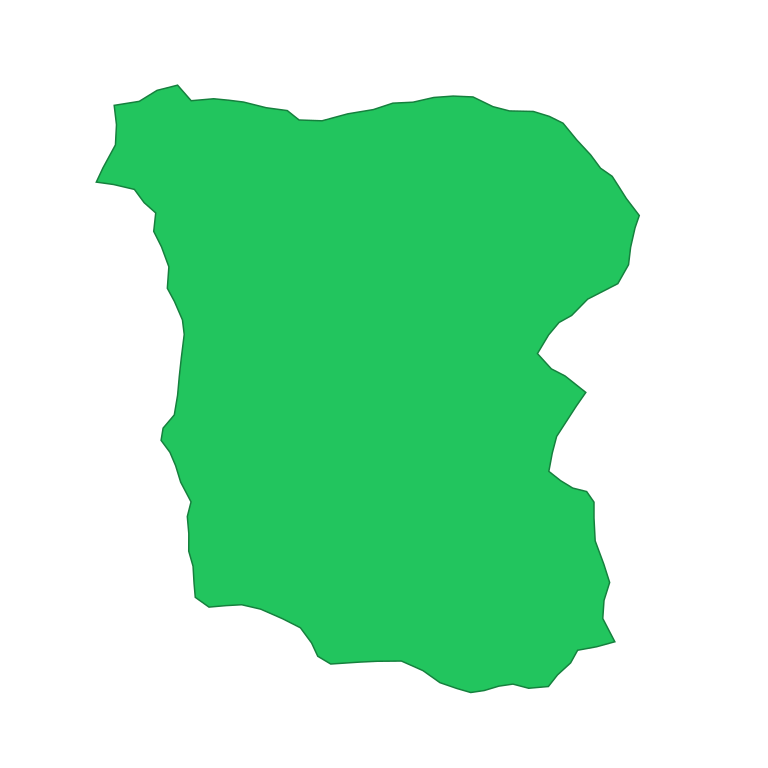 the district of Nipoã, São Paulo, Brazil, rotated 85°
{"feature_id": "56859067B34709054830061", "entity_name": "Nipoã", "entity_type": "district", "adm_level": 2, "iso_a3": "BRA", "parent_name": "Brazil", "parent_adm1": "São Paulo", "projection": "mercator", "projection_center": [-49.777, -20.892], "detail": "fine", "context": "isolated", "style": "filled", "palette": "green", "viewbox_px": 768, "rotation_deg": 85, "n_neighbors": 0, "source": "geoboundaries", "source_scale": "gbopen_adm2", "svg_char_len": 1541}
<svg xmlns="http://www.w3.org/2000/svg" viewBox="0 0 768 768"><g transform="rotate(85 384 384)"><path d="M591.0,577.8L591.0,560.8L591.5,545.0L597.5,526.6L608.9,505.7L619.6,488.5L635.7,478.7L649.5,473.7L658.3,461.5L658.9,433.1L659.6,415.3L661.5,390.8L672.9,370.2L686.4,354.3L693.7,337.9L698.9,324.5L698.1,310.9L695.0,295.9L694.2,281.7L699.7,266.4L699.7,246.6L689.0,236.6L678.1,222.4L666.1,214.3L664.3,195.1L660.9,176.5L636.7,186.5L618.8,183.7L601.4,176.5L582.7,180.7L558.7,187.3L536.1,186.5L520.0,185.1L508.8,191.5L504.1,205.1L495.6,216.6L485.4,227.4L467.5,222.4L451.3,216.6L422.7,194.3L410.0,183.7L391.8,202.9L383.5,216.0L367.1,228.5L349.4,215.7L338.0,204.3L332.0,191.0L317.2,173.7L304.4,142.3L286.5,130.0L269.3,126.4L250.3,120.3L238.4,115.0L220.4,126.4L208.0,132.8L197.0,138.6L187.9,149.5L173.9,158.1L157.8,170.6L139.8,182.9L131.8,196.0L125.5,211.5L122.9,235.2L117.2,251.3L105.8,270.3L103.2,290.0L102.9,309.5L105.8,330.6L105.0,350.7L109.7,370.7L111.7,396.6L116.4,422.8L113.6,445.6L103.2,456.5L98.5,477.3L90.9,499.3L87.8,513.8L85.0,528.8L85.0,551.4L68.3,563.6L71.7,584.5L81.1,603.2L82.9,628.5L102.4,627.9L122.4,630.7L144.3,645.2L157.8,653.0L161.7,636.0L168.4,615.7L182.5,607.1L193.7,596.5L211.9,600.1L228.0,593.7L248.5,588.1L269.8,591.5L283.4,585.6L302.6,579.2L317.2,578.7L340.6,583.7L358.8,587.3L377.2,590.6L396.5,595.6L408.7,607.9L420.7,611.0L433.4,603.2L447.2,598.7L464.1,595.1L484.6,586.5L498.9,591.5L516.1,591.5L533.5,593.1L548.9,590.1L566.3,590.6L580.1,590.6L591.0,577.8Z" fill="#22c55e" stroke="#15803d" stroke-width="1.5"/></g></svg>